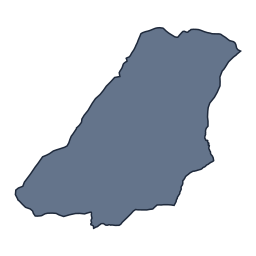 outline of Gangte, Wangdi Phodrang, Bhutan
{"feature_id": "84629894B80230099066149", "entity_name": "Gangte", "entity_type": "district", "adm_level": 2, "iso_a3": "BTN", "parent_name": "Bhutan", "parent_adm1": "Wangdi Phodrang", "projection": "robinson", "projection_center": [90.148, 27.468], "detail": "fine", "context": "isolated", "style": "filled", "palette": "slate", "viewbox_px": 256, "rotation_deg": 0, "n_neighbors": 0, "source": "geoboundaries", "source_scale": "gbopen_adm2", "svg_char_len": 4746}
<svg xmlns="http://www.w3.org/2000/svg" viewBox="0 0 256 256"><path d="M174.1,205.4L176.1,201.6L176.3,200.3L176.5,199.7L176.8,199.1L177.2,198.6L177.3,198.0L177.4,197.4L177.6,196.8L178.0,196.3L178.4,195.8L178.7,195.2L179.0,194.7L179.4,194.2L179.7,193.7L179.8,193.1L179.8,192.4L180.0,191.8L180.3,191.3L180.7,190.3L181.0,189.8L181.2,189.2L181.2,188.6L181.1,188.1L181.1,187.4L181.2,186.8L181.5,186.2L181.8,185.7L182.2,185.2L182.5,184.7L182.6,184.0L182.8,183.4L182.8,182.8L182.8,182.2L182.8,181.5L182.8,180.9L183.1,180.3L183.6,180.0L184.0,179.5L184.2,178.9L184.6,178.5L184.9,177.9L185.2,177.3L185.4,176.8L185.8,176.3L186.3,175.9L187.1,175.2L187.6,174.8L188.1,174.5L188.6,174.1L189.0,173.7L189.5,173.3L190.0,172.9L190.5,172.6L191.0,172.3L191.6,172.0L192.1,171.7L192.7,171.4L193.2,171.2L193.9,171.2L194.5,171.1L195.0,171.0L195.6,170.8L196.2,170.7L196.8,170.5L197.4,170.3L198.0,170.1L198.6,170.0L199.1,169.8L199.7,169.6L200.3,169.5L200.9,169.3L201.4,169.0L201.9,168.7L202.4,168.3L202.8,167.8L203.2,167.4L203.8,167.2L204.4,167.0L204.9,166.7L205.4,166.3L205.8,165.9L206.2,165.4L206.7,165.0L207.2,164.7L207.8,164.5L208.3,164.2L208.8,163.8L209.3,163.4L209.8,163.1L210.3,162.7L210.8,162.4L211.4,162.1L211.9,161.9L213.0,161.2L213.5,160.9L213.7,160.3L213.5,159.7L213.4,159.1L213.3,158.5L213.2,157.8L212.9,157.3L212.7,156.7L212.4,156.1L212.0,155.6L211.6,155.1L211.2,154.7L210.9,154.2L210.6,153.6L210.5,153.0L210.5,152.3L210.4,151.7L210.1,151.2L209.7,150.7L209.5,150.1L209.4,149.5L209.0,149.0L208.8,148.4L208.8,147.8L208.9,147.2L209.2,146.6L209.0,145.9L209.3,145.4L209.0,145.0L208.4,145.1L208.3,144.4L208.4,143.8L208.8,143.4L208.6,142.9L208.0,142.8L207.9,142.2L207.5,141.8L207.6,141.2L207.7,140.6L207.2,140.3L206.6,140.4L205.9,140.3L205.6,139.8L205.5,139.2L205.2,138.8L204.8,138.4L204.8,137.8L204.8,137.1L204.9,136.5L205.0,135.9L205.3,135.3L205.5,134.7L205.6,134.1L205.4,133.5L205.6,133.0L205.6,132.3L205.5,131.7L205.5,131.1L205.6,130.4L205.7,129.8L205.9,129.2L206.2,128.6L206.4,128.0L206.8,127.6L207.2,127.1L207.6,126.7L208.0,126.2L208.0,121.2L207.5,117.0L207.6,114.8L207.8,111.0L208.2,107.6L209.8,103.0L214.4,97.3L217.2,92.3L220.0,85.9L220.1,81.6L219.9,77.0L220.9,74.4L222.2,71.0L223.8,69.3L225.1,67.4L227.5,63.5L228.6,61.8L230.5,59.9L233.5,57.0L234.7,56.1L236.1,55.1L236.9,54.2L240.6,51.1L237.8,49.7L236.6,48.0L235.9,44.8L235.1,43.0L233.6,41.7L229.6,40.6L227.8,39.3L225.6,37.5L222.6,35.6L220.8,34.3L219.1,33.9L217.4,33.9L213.3,33.8L211.9,33.7L210.0,33.1L207.3,32.6L204.4,31.7L200.5,30.2L198.6,29.6L196.6,29.4L193.5,29.3L191.0,29.5L190.2,30.3L189.1,30.9L188.4,31.5L187.8,32.2L186.8,32.3L184.4,31.3L183.0,31.4L181.7,32.6L179.5,35.1L177.9,37.1L177.0,37.3L174.7,36.8L172.8,35.6L170.8,34.4L168.6,33.0L166.2,31.1L163.4,28.4L162.8,28.1L161.2,27.9L159.6,27.7L157.1,27.9L155.3,28.3L153.0,29.2L150.1,30.4L148.3,31.0L145.4,31.7L142.6,32.7L141.4,33.4L140.7,34.0L140.5,34.8L139.7,36.7L138.5,39.5L138.0,40.7L137.3,42.7L136.0,45.3L135.3,47.0L134.5,48.6L133.9,49.8L131.6,53.2L130.3,55.7L128.9,57.1L128.1,57.4L127.0,57.8L126.2,58.3L126.9,60.1L126.9,61.4L125.6,62.0L124.6,62.8L123.6,63.7L123.2,64.4L122.5,66.6L122.0,67.9L121.2,69.3L120.1,70.9L119.2,72.7L119.9,76.5L118.3,76.8L114.6,77.5L110.5,82.0L106.3,86.2L103.4,90.4L100.1,94.5L95.5,98.6L92.3,103.2L88.0,110.5L84.2,115.2L81.9,119.0L81.5,122.2L79.5,125.1L78.0,126.6L76.5,127.9L76.4,128.8L73.0,133.9L71.2,136.3L70.0,139.3L68.8,142.9L67.1,145.9L64.5,147.3L59.6,148.9L56.4,149.9L53.3,151.0L49.6,153.6L46.5,155.2L42.6,156.8L37.7,163.8L35.3,166.9L30.5,174.0L26.6,179.2L24.4,182.1L22.8,186.3L18.4,188.0L15.8,190.1L15.4,194.6L17.5,198.7L17.9,199.9L19.5,201.2L22.2,204.1L25.5,207.3L30.3,209.0L32.6,211.0L33.4,213.4L35.2,216.0L37.3,216.1L40.9,215.8L41.9,215.5L45.0,213.8L47.6,213.2L52.3,213.1L56.2,213.4L58.8,214.8L63.7,216.5L69.5,214.8L75.4,213.5L79.9,213.4L84.6,213.9L86.7,213.2L90.2,212.2L91.1,212.2L91.5,213.0L91.4,214.1L91.3,214.8L91.4,215.4L91.5,216.0L91.6,216.6L91.8,217.2L91.9,217.8L91.9,218.5L91.6,219.0L91.3,219.6L91.1,220.2L91.1,220.8L91.2,221.4L91.5,222.0L91.6,222.6L91.4,223.2L90.9,223.6L90.8,224.2L91.0,224.8L91.6,225.0L92.1,225.2L92.7,225.5L93.2,225.9L93.5,226.4L93.6,227.0L93.5,227.7L93.6,228.3L94.1,228.1L94.7,227.8L95.2,227.5L95.7,227.1L96.2,227.0L96.8,226.9L97.3,226.6L97.8,226.3L98.3,225.9L98.7,225.5L99.2,225.1L99.7,224.8L100.3,224.4L100.9,223.8L101.8,223.6L102.6,223.6L103.5,223.6L105.7,225.1L106.5,225.2L107.5,225.2L108.2,225.0L108.8,224.7L109.8,224.8L110.3,224.9L110.9,225.2L111.6,224.9L115.2,225.4L119.1,225.3L120.7,224.3L122.3,222.2L126.9,217.8L130.8,213.9L133.4,211.0L135.7,209.5L137.1,209.8L141.8,209.9L146.9,209.9L149.6,209.4L152.2,209.1L153.0,208.8L154.4,207.4L157.1,205.0L159.9,204.9L161.0,205.0L163.6,204.7L168.0,204.7L170.9,204.9L174.1,205.4Z" fill="#64748b" stroke="#1e293b" stroke-width="1.5"/></svg>